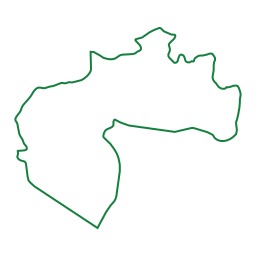 SVG path tracing the border of Biskra
{"feature_id": "DZA-2211", "entity_name": "Biskra", "entity_type": "Province", "adm_level": 1, "iso_a3": "DZA", "parent_name": "Algeria", "parent_adm1": "", "projection": "equal_earth", "projection_center": [5.569, 34.431], "detail": "fine", "context": "isolated", "style": "outline", "palette": "green", "viewbox_px": 256, "rotation_deg": 0, "n_neighbors": 0, "source": "natural_earth", "source_scale": "10m", "svg_char_len": 2806}
<svg xmlns="http://www.w3.org/2000/svg" viewBox="0 0 256 256"><path d="M72.4,82.4L81.2,80.2L83.6,78.9L87.2,76.0L89.6,73.0L90.7,70.9L91.0,68.7L90.6,51.8L93.7,52.0L99.7,55.3L103.4,57.8L107.7,59.0L111.0,59.3L114.0,58.9L116.2,57.9L118.4,56.3L120.3,55.2L122.1,54.7L132.3,54.1L134.2,53.7L135.5,53.1L136.8,52.1L137.7,51.5L139.4,50.8L140.5,50.0L140.9,49.1L140.9,47.6L140.7,46.8L140.1,45.6L139.6,44.9L136.1,41.2L135.4,40.0L135.8,39.2L142.1,37.5L149.6,32.3L153.6,30.2L159.1,28.0L159.9,28.0L160.9,28.4L164.0,31.4L171.5,34.6L173.3,34.6L174.6,34.8L175.2,35.2L175.3,36.5L174.7,37.8L173.8,39.1L170.3,42.4L169.2,43.7L168.8,44.8L169.9,48.9L169.8,50.8L168.4,54.3L168.4,56.2L169.5,58.0L171.6,60.0L172.6,61.1L174.2,62.7L175.8,62.8L176.9,62.0L177.5,61.5L178.7,57.3L179.4,55.7L180.2,54.9L181.1,54.6L182.2,54.9L183.3,55.4L184.1,56.5L184.6,57.8L185.0,59.3L185.5,60.7L185.8,61.3L186.4,61.8L187.7,62.3L189.4,62.4L191.4,61.4L191.7,61.3L193.4,61.5L193.6,61.4L193.8,61.1L194.5,59.0L195.3,57.9L197.9,56.2L199.2,55.7L200.7,55.5L202.9,55.5L207.3,54.5L209.3,53.7L210.9,53.5L212.4,53.9L214.0,56.1L214.9,57.7L215.1,59.5L214.9,60.4L214.1,62.3L213.9,63.5L213.7,65.3L213.7,70.1L212.6,76.4L212.7,78.2L213.4,80.2L214.5,81.8L216.0,83.3L218.6,86.8L219.5,87.5L220.8,88.3L222.3,88.7L223.9,88.8L225.2,88.5L225.8,88.2L226.4,87.2L228.0,87.3L229.1,87.2L233.5,85.8L234.9,85.6L236.1,85.6L236.8,85.7L237.5,86.0L238.0,86.5L238.7,87.6L240.0,91.3L240.5,93.3L240.6,94.9L239.9,99.7L239.8,103.6L239.4,107.7L238.1,115.1L236.9,120.0L236.4,120.9L236.1,122.4L236.1,123.8L236.9,129.9L236.1,134.1L233.1,137.0L230.0,139.1L226.8,140.4L224.1,141.0L221.3,141.0L219.4,140.6L218.1,140.2L216.4,139.3L215.1,138.3L214.1,137.1L213.5,135.9L212.6,134.8L207.5,132.2L193.5,128.0L191.9,127.9L174.8,131.9L128.9,125.5L120.5,122.5L115.1,119.7L114.8,119.6L114.4,119.8L113.9,120.5L113.4,122.0L113.5,123.9L113.3,125.6L112.3,126.7L110.7,127.7L107.1,129.2L106.1,129.9L105.1,130.9L104.5,132.0L103.9,133.4L103.5,134.9L103.3,136.3L103.6,137.2L104.1,137.8L110.3,143.8L113.5,148.1L116.3,152.6L117.2,154.5L118.6,158.6L119.5,162.9L119.8,165.4L119.8,171.2L116.4,196.0L115.6,198.7L114.5,201.0L110.7,205.3L106.1,212.0L97.5,228.0L34.6,186.5L30.7,183.0L28.8,180.8L28.3,179.6L27.6,176.5L26.1,164.7L25.8,163.3L25.2,162.1L24.2,161.4L21.2,160.6L19.5,159.8L18.1,158.6L17.5,157.6L17.3,156.8L17.8,154.9L18.0,153.9L17.8,150.9L24.1,150.4L25.2,150.1L26.5,149.5L26.8,148.6L26.7,147.3L26.0,146.0L24.8,144.6L23.8,143.2L22.5,139.6L20.3,136.1L19.3,134.0L17.3,123.6L16.8,122.4L16.1,121.5L15.5,120.5L15.4,118.7L16.4,116.6L19.7,112.3L20.9,110.2L21.9,107.2L23.2,105.0L29.8,97.5L31.3,95.3L34.0,90.9L35.7,89.1L37.5,87.9L39.1,87.6L40.7,87.7L43.2,88.2L44.4,88.2L45.7,87.9L49.3,86.7L53.3,86.0L60.9,83.1L62.2,82.9L64.6,83.3L66.0,83.2L68.4,82.3L69.5,82.2L70.9,82.4L72.4,82.4Z" fill="none" stroke="#15803d" stroke-width="2"/></svg>